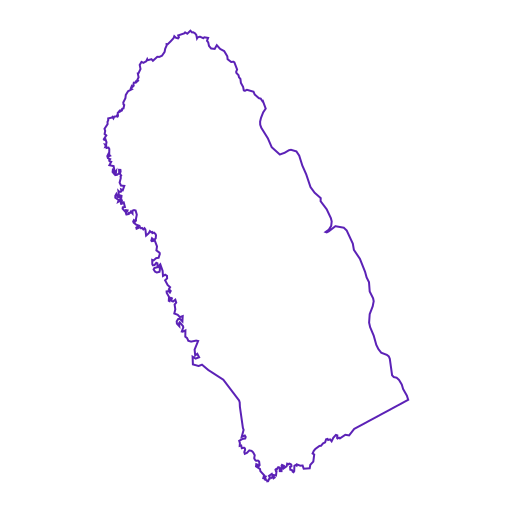 Cémaco, Emberá, Panama (Equal Earth projection)
{"feature_id": "35544464B97787935745550", "entity_name": "Cémaco", "entity_type": "district", "adm_level": 2, "iso_a3": "PAN", "parent_name": "Panama", "parent_adm1": "Emberá", "projection": "equal_earth", "projection_center": [-77.717, 8.422], "detail": "fine", "context": "isolated", "style": "outline", "palette": "violet", "viewbox_px": 512, "rotation_deg": 0, "n_neighbors": 0, "source": "geoboundaries", "source_scale": "gbopen_adm2", "svg_char_len": 6040}
<svg xmlns="http://www.w3.org/2000/svg" viewBox="0 0 512 512"><path d="M204.3,37.3L203.3,38.2L200.0,36.7L197.6,37.4L197.0,38.4L196.3,35.0L195.1,33.4L193.3,32.3L192.0,32.4L190.4,30.7L187.3,33.7L185.1,32.4L184.2,33.4L178.2,35.4L178.9,37.3L178.1,38.4L176.0,37.8L174.3,36.2L173.6,38.1L170.6,41.4L167.6,44.3L166.6,44.1L166.6,45.6L165.2,48.7L164.6,51.9L162.0,55.7L159.4,56.9L157.3,56.8L152.9,60.8L151.5,59.2L147.6,60.2L147.2,59.2L146.2,61.3L143.4,62.8L141.5,61.9L139.7,64.9L140.5,69.0L138.5,73.2L137.8,73.4L138.6,77.3L137.4,79.7L138.1,80.6L136.6,81.9L136.2,81.6L136.5,81.1L135.9,81.3L135.6,82.7L133.8,82.7L133.4,84.6L133.7,85.7L132.6,86.8L131.8,86.0L130.8,88.4L131.9,89.2L128.1,91.2L125.8,94.9L125.4,98.2L123.3,102.4L123.5,104.4L124.2,105.0L123.5,108.4L122.4,108.7L121.9,110.5L121.3,110.8L121.1,110.2L119.9,111.6L119.5,110.9L117.7,113.0L118.0,115.9L117.6,116.5L116.8,115.8L116.5,116.4L114.3,116.6L113.4,118.4L112.5,116.9L111.8,117.6L108.2,118.4L108.2,120.3L107.5,121.9L107.6,124.1L104.5,128.8L105.2,130.9L104.6,134.0L106.3,135.4L103.8,139.2L104.3,139.9L105.5,139.4L106.5,142.2L106.1,144.7L105.0,144.5L105.8,145.9L105.4,146.8L106.3,146.5L106.5,148.0L108.5,147.6L109.3,149.0L109.2,154.7L110.1,155.7L108.3,156.4L107.9,154.9L107.3,156.1L107.9,158.1L110.1,159.1L109.2,160.2L109.5,161.2L111.2,161.8L109.4,165.2L113.6,166.1L114.4,170.2L113.6,171.3L112.8,170.3L112.6,172.0L114.1,173.8L116.1,171.1L115.9,173.0L114.6,173.9L115.3,175.1L117.1,174.8L119.2,173.1L119.1,169.8L120.4,169.9L120.6,171.3L119.9,173.9L121.2,175.5L120.5,176.7L120.8,177.9L119.6,182.6L121.0,185.6L124.3,185.9L122.8,190.2L121.1,189.4L121.4,191.1L120.8,191.8L119.3,191.8L118.4,190.9L118.8,195.0L121.5,195.8L121.3,197.5L117.7,196.9L116.4,193.9L115.3,195.8L115.3,197.7L118.7,200.0L118.1,201.9L119.5,201.1L120.3,199.0L121.5,199.7L121.9,200.5L120.8,202.7L121.1,203.9L121.7,203.9L122.4,202.4L123.7,202.3L124.9,207.0L122.8,207.3L122.6,208.7L125.1,211.5L125.9,210.1L127.5,210.4L126.0,213.6L126.4,214.5L128.8,214.0L129.0,212.8L130.3,212.8L130.8,211.7L132.5,213.5L132.4,210.7L134.0,210.1L135.6,210.5L136.8,214.7L135.9,219.2L136.0,220.6L135.3,221.4L133.9,220.1L133.2,221.5L133.7,222.7L136.2,224.7L138.8,225.6L136.3,227.6L136.6,228.7L140.1,227.2L141.0,228.3L142.1,228.0L143.3,229.4L144.5,228.2L145.4,229.5L146.1,235.6L148.7,233.3L149.9,231.1L151.2,232.3L152.1,232.0L152.5,233.1L154.0,232.6L155.6,234.2L156.0,235.3L155.7,238.3L154.8,239.4L153.2,239.4L152.0,238.3L151.3,240.6L151.8,241.2L154.8,240.6L157.0,246.4L156.4,250.4L159.6,252.8L159.8,254.0L158.6,257.8L156.2,258.1L153.6,260.4L152.2,259.9L152.3,264.2L152.9,265.3L154.5,265.1L156.3,262.8L157.4,263.3L157.6,267.2L154.4,268.0L153.6,269.4L155.1,271.7L156.8,272.5L159.5,271.8L159.9,269.9L159.4,265.3L160.3,264.3L162.6,270.8L163.0,276.0L165.2,274.7L167.0,275.9L167.1,278.4L165.1,280.3L167.7,285.1L170.1,287.2L168.9,289.2L170.7,291.0L169.9,292.5L168.6,291.1L166.6,291.4L166.7,292.8L169.0,296.9L168.8,300.8L169.4,301.1L169.7,298.8L170.8,297.8L171.9,298.3L171.1,300.5L172.4,301.3L173.1,301.5L175.3,299.7L176.2,302.6L174.6,304.5L175.3,309.3L174.3,313.5L177.7,314.8L179.9,317.1L182.7,316.1L182.4,321.4L179.9,318.8L178.2,319.0L176.7,321.3L176.9,323.6L179.3,326.2L179.1,323.1L179.7,322.3L183.0,326.1L183.3,327.3L181.8,331.5L182.7,331.7L185.4,330.4L185.3,336.7L187.1,338.1L188.3,340.8L191.1,341.6L196.2,340.6L198.1,341.0L194.6,349.6L195.2,355.4L197.3,353.8L199.1,357.3L195.6,358.6L192.6,356.7L192.9,364.4L198.5,366.0L202.0,364.7L208.4,370.1L223.3,379.7L239.1,400.5L239.7,402.5L239.9,406.8L242.9,427.9L243.6,429.9L241.7,436.9L244.8,435.5L245.7,437.0L245.2,438.5L242.4,439.0L239.2,440.8L239.9,443.1L239.7,445.9L241.2,445.5L241.8,448.2L244.0,447.7L244.9,448.4L245.1,449.7L244.3,452.1L244.8,453.8L246.9,452.9L249.3,450.4L251.6,450.9L253.1,452.3L254.7,455.2L254.2,458.2L254.9,459.7L256.1,460.8L258.0,460.6L259.1,461.5L259.6,465.2L258.2,466.8L257.5,464.7L256.3,464.2L256.0,466.4L260.0,469.0L260.4,471.2L264.1,475.2L263.5,477.4L264.6,477.1L264.7,476.2L265.6,476.5L265.1,477.1L265.3,477.8L264.3,478.5L265.4,478.8L265.1,479.6L267.2,480.5L267.3,481.3L268.1,481.2L269.9,477.2L269.0,475.9L271.8,473.9L272.6,476.0L272.0,477.5L272.9,477.0L273.5,478.3L274.5,477.6L273.5,476.7L273.1,474.9L276.0,475.5L276.5,471.3L275.9,471.1L275.5,469.6L276.3,468.9L277.0,469.1L278.2,467.2L279.6,467.5L279.8,471.1L281.5,471.1L281.6,468.0L282.4,467.6L281.6,465.6L282.0,464.9L283.9,465.8L283.7,466.7L282.8,466.5L283.5,468.5L286.6,466.3L287.2,463.7L288.6,464.4L289.3,463.6L290.7,464.1L291.4,465.0L291.4,466.3L290.1,466.8L290.3,469.7L292.1,470.2L292.7,471.7L293.5,472.2L294.2,471.2L294.4,465.8L295.7,465.0L296.6,465.6L296.9,464.4L300.3,465.7L302.6,465.5L303.7,468.7L309.7,468.3L310.3,464.8L313.3,461.6L314.2,454.5L312.6,453.5L313.8,450.8L315.4,448.9L319.5,445.9L321.0,445.8L323.0,443.4L325.1,442.4L326.1,439.3L327.5,438.9L328.1,440.0L330.1,439.4L331.6,441.3L333.3,437.8L335.9,434.9L337.3,435.4L337.1,438.0L337.5,438.5L339.0,437.7L339.9,438.4L345.3,434.8L349.1,435.4L354.2,428.9L408.2,399.8L406.9,395.7L403.1,389.0L401.8,384.6L399.0,379.9L396.6,377.7L393.8,377.1L392.1,375.3L389.8,358.8L388.8,356.4L386.9,354.9L381.2,352.7L378.4,349.1L376.3,344.9L373.7,335.6L370.1,327.1L369.1,322.6L369.7,314.1L372.7,306.3L373.7,301.2L373.1,298.3L369.7,291.5L369.0,282.2L366.6,277.4L365.1,271.9L359.9,258.8L353.9,249.9L352.8,243.6L346.7,230.5L343.8,227.7L335.4,226.2L328.7,231.4L326.7,232.4L325.6,232.0L328.8,229.7L331.2,225.9L331.7,221.5L330.9,218.2L326.7,209.3L320.6,201.2L320.7,198.1L314.6,192.7L310.5,187.1L306.2,174.3L302.3,165.5L299.2,155.6L296.4,151.4L291.0,149.8L289.0,150.2L284.6,152.8L279.8,154.5L271.7,147.2L267.9,138.4L261.3,127.8L260.2,124.7L260.1,121.6L261.0,117.9L263.2,112.3L265.7,108.6L262.9,101.0L262.5,101.3L260.7,98.6L258.9,98.2L254.7,94.5L253.5,91.7L246.9,89.8L244.9,90.8L243.8,90.4L243.1,86.9L240.9,82.9L240.4,78.9L239.0,77.3L238.5,75.2L236.3,72.8L236.2,71.7L237.1,69.5L234.4,62.4L233.4,61.7L231.2,62.0L227.6,59.2L227.3,56.3L224.2,51.1L220.1,48.9L216.8,45.2L214.7,48.9L211.1,48.5L209.0,45.9L208.2,42.3L207.0,40.8L208.1,37.9L204.3,37.3Z" fill="none" stroke="#5b21b6" stroke-width="2"/></svg>